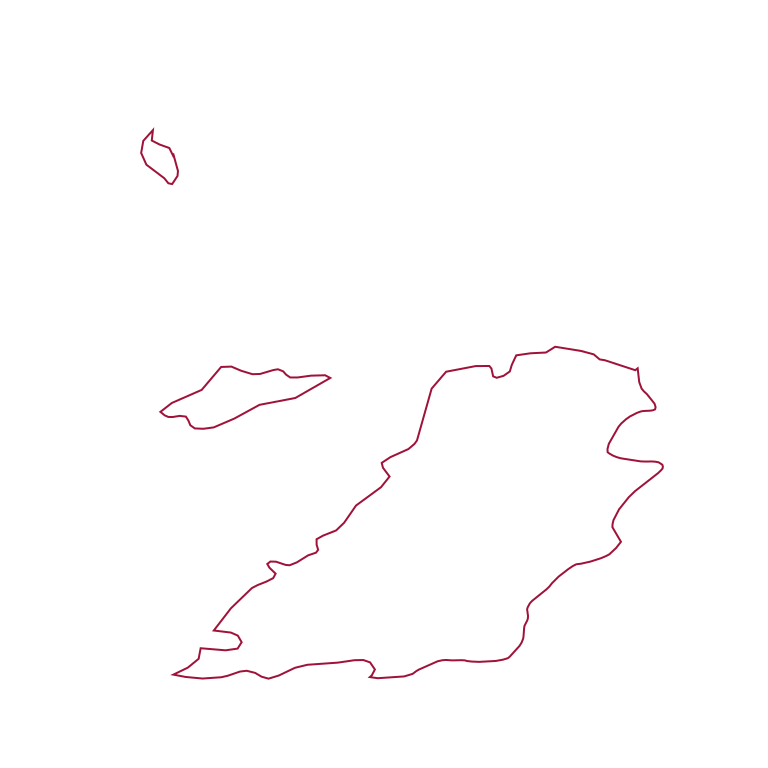 the Province of Satun, rotated 79°
{"feature_id": "THA-385", "entity_name": "Satun", "entity_type": "Province", "adm_level": 1, "iso_a3": "THA", "parent_name": "Thailand", "parent_adm1": "", "projection": "equal_earth", "projection_center": [99.888, 6.793], "detail": "fine", "context": "isolated", "style": "outline", "palette": "rose", "viewbox_px": 768, "rotation_deg": 79, "n_neighbors": 0, "source": "natural_earth", "source_scale": "10m", "svg_char_len": 2745}
<svg xmlns="http://www.w3.org/2000/svg" viewBox="0 0 768 768"><g transform="rotate(79 384 384)"><path d="M669.0,453.8L667.6,451.5L662.5,447.4L654.6,450.8L651.0,457.0L649.5,465.6L648.7,482.5L645.0,512.8L645.6,525.6L650.1,542.9L651.2,553.6L647.9,560.1L643.0,565.6L639.3,573.5L638.8,580.2L640.6,593.2L640.8,599.7L638.5,618.3L633.7,634.7L629.1,646.2L625.0,630.7L618.4,618.4L608.4,614.4L615.2,590.3L615.8,578.2L610.3,573.0L603.1,575.5L598.8,581.7L593.5,598.1L575.0,577.1L559.1,552.6L557.2,546.1L555.6,537.4L553.4,529.8L549.5,526.6L542.5,531.5L538.4,532.9L536.6,529.4L537.8,524.0L542.9,514.9L543.9,511.2L542.5,503.7L537.7,491.1L536.6,482.9L534.2,480.3L528.9,480.8L523.5,479.8L521.2,472.7L518.6,458.9L512.5,449.5L498.0,434.7L484.7,406.6L475.9,396.2L466.0,401.0L461.0,401.3L457.0,391.6L452.5,372.4L448.6,365.5L445.7,362.4L397.6,338.1L383.8,320.7L383.9,290.7L386.4,277.2L389.3,275.6L397.3,275.4L399.4,272.2L398.8,265.1L395.7,258.1L389.6,254.9L381.1,248.7L381.8,234.4L384.0,219.0L380.1,208.9L389.2,184.2L394.9,172.5L401.0,167.6L402.8,162.7L418.4,134.7L417.0,132.0L430.8,133.1L437.7,132.0L440.8,130.3L444.2,127.8L454.9,122.2L458.4,121.8L460.6,122.7L461.1,125.1L461.0,127.7L460.2,133.1L459.9,136.1L460.2,138.8L460.7,141.5L462.8,148.8L464.8,153.2L468.0,158.6L470.8,162.0L485.6,174.7L490.4,177.0L493.6,177.5L495.1,176.2L497.9,173.0L500.2,169.5L502.2,165.5L508.9,146.9L510.1,141.8L511.1,136.0L512.0,132.6L513.2,129.5L516.3,126.2L518.3,126.0L520.1,126.7L521.4,128.3L523.8,132.0L537.1,158.1L541.8,165.3L551.9,177.2L561.4,184.7L565.2,186.4L568.2,187.1L584.1,181.5L589.2,187.4L594.2,195.3L595.3,199.0L596.4,204.2L597.7,215.1L598.0,225.3L597.7,228.4L597.7,228.8L597.7,229.2L597.7,229.9L598.8,233.6L601.0,238.7L606.3,249.2L611.6,257.1L614.3,260.2L616.5,263.6L625.0,279.7L626.2,281.5L627.4,282.9L630.7,285.6L632.5,286.5L639.3,286.9L641.5,287.5L643.3,288.4L648.0,292.1L649.9,292.9L658.7,295.3L660.7,296.1L664.0,298.2L667.0,301.0L675.8,312.8L676.8,314.8L677.3,319.8L677.2,327.1L674.9,343.7L673.2,350.8L671.8,355.3L670.7,357.4L669.9,360.6L668.3,369.9L666.7,375.9L666.3,379.4L666.4,384.2L671.0,404.3L672.0,407.1L674.0,411.2L674.9,420.0L671.6,446.3L669.0,453.8ZM376.3,590.7L376.1,597.6L375.2,602.0L372.9,605.3L368.7,608.8L362.1,595.8L355.0,564.1L336.2,540.6L337.8,530.5L343.8,521.6L349.3,511.2L350.5,503.7L349.2,490.0L349.3,485.3L352.3,480.6L356.3,478.2L359.7,474.8L361.1,467.6L361.9,453.9L364.2,440.1L367.8,435.6L380.8,473.7L380.7,510.2L389.4,537.6L394.1,559.4L393.5,569.8L391.5,578.2L387.5,582.0L382.5,583.0L378.2,584.7L376.3,590.7ZM140.4,547.0L147.3,553.8L145.8,557.4L140.1,560.4L123.4,575.4L110.9,578.3L99.4,573.9L90.7,562.4L100.7,565.5L106.1,558.6L111.4,549.7L121.4,547.0L117.3,547.0L135.6,545.6L140.4,547.0Z" fill="none" stroke="#9f1239" stroke-width="2"/></g></svg>